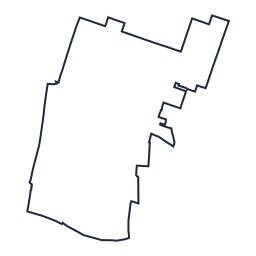 Ianca, Romania (Mercator projection)
{"feature_id": "2599482B25351029590238", "entity_name": "Ianca", "entity_type": "district", "adm_level": 2, "iso_a3": "ROU", "parent_name": "Romania", "parent_adm1": "", "projection": "mercator", "projection_center": [24.181, 43.749], "detail": "fine", "context": "isolated", "style": "outline", "palette": "slate", "viewbox_px": 256, "rotation_deg": 0, "n_neighbors": 0, "source": "geoboundaries", "source_scale": "gbopen_adm2", "svg_char_len": 4159}
<svg xmlns="http://www.w3.org/2000/svg" viewBox="0 0 256 256"><path d="M228.7,21.0L220.4,18.2L212.1,15.4L211.6,16.9L210.5,20.2L209.1,24.1L209.0,24.3L192.1,18.4L189.3,26.7L186.5,35.0L185.9,36.7L183.9,42.7L180.8,51.7L172.1,48.7L163.5,45.7L163.1,45.7L161.8,45.3L157.1,43.7L155.2,43.1L146.8,40.2L138.5,37.3L130.6,34.6L130.3,34.5L130.3,34.3L130.2,34.2L129.9,34.2L129.8,34.3L126.0,32.9L122.0,31.6L121.7,31.4L122.3,29.9L122.7,28.6L123.7,25.8L124.4,23.8L124.6,23.1L124.3,23.0L123.5,22.7L122.8,22.4L122.0,22.2L121.2,21.9L120.4,21.6L119.7,21.4L118.9,21.1L118.6,21.0L118.4,20.9L118.1,20.8L117.6,20.6L117.3,20.6L116.0,20.1L115.9,20.1L115.6,20.0L115.3,19.9L115.0,19.8L114.7,19.7L114.4,19.6L114.0,19.5L113.6,19.3L113.3,19.2L113.2,19.2L112.8,19.0L112.6,18.9L112.4,18.8L112.3,18.7L112.2,18.7L111.9,18.6L111.7,18.5L111.3,18.4L111.2,18.4L110.9,18.3L110.4,18.1L110.2,18.1L109.8,18.0L109.5,17.9L109.3,17.8L109.0,17.7L108.7,17.6L108.3,17.5L108.2,17.4L106.9,21.0L106.0,24.1L105.2,26.2L97.7,23.6L81.6,18.1L80.7,17.8L79.8,17.5L79.4,18.6L78.2,21.6L77.3,23.9L76.6,25.8L75.1,30.1L73.8,34.2L71.9,39.8L70.8,42.9L69.1,48.4L68.6,50.0L68.2,50.9L68.0,51.7L67.8,52.5L67.1,54.5L66.0,58.5L64.8,62.1L63.5,66.3L62.6,69.3L60.7,74.7L59.3,79.5L58.5,82.4L58.5,82.6L56.8,81.9L55.9,81.6L56.5,83.7L54.9,84.0L54.3,84.2L53.1,84.2L52.2,84.2L50.9,84.1L49.7,84.0L48.7,83.9L47.7,83.8L47.4,85.8L47.1,87.5L45.4,99.5L44.4,106.5L44.1,109.8L43.8,113.1L42.6,122.3L40.1,139.5L39.1,145.4L38.3,148.5L37.0,153.3L36.6,155.1L36.1,156.9L33.3,167.5L33.0,168.9L32.6,170.5L32.5,171.1L32.1,172.9L31.9,173.7L31.7,174.9L31.1,177.6L30.5,180.5L30.4,180.7L30.2,181.0L29.8,181.5L29.5,182.0L29.7,182.3L29.8,182.7L29.9,182.9L30.0,183.0L30.3,183.3L30.5,183.4L30.6,183.5L30.8,183.5L31.0,183.6L31.3,183.7L31.5,183.8L31.6,184.0L31.7,184.3L31.7,184.5L31.6,184.9L31.5,185.1L31.7,185.3L31.8,185.4L31.9,185.8L31.9,186.1L31.8,186.3L31.7,186.4L31.6,186.5L31.5,186.9L31.3,187.2L31.3,187.4L31.3,187.5L31.2,187.6L31.3,188.0L31.4,188.3L31.4,188.6L31.5,189.0L31.4,189.4L31.3,189.5L31.0,189.6L30.9,189.8L30.8,190.1L30.6,190.7L30.6,191.0L30.2,194.1L29.8,197.1L29.8,197.3L29.5,198.7L29.2,200.3L29.1,200.9L29.0,202.0L28.8,202.9L28.6,203.9L28.4,204.9L28.4,205.3L28.2,206.1L28.1,206.9L27.9,207.9L27.7,208.9L27.5,209.9L27.5,210.3L27.3,211.4L39.2,214.9L40.1,215.1L40.5,215.2L40.9,215.3L47.6,217.8L55.4,220.8L61.8,224.1L62.6,222.8L67.6,226.4L74.2,229.9L78.8,232.4L83.6,235.1L101.7,240.1L110.0,240.2L115.8,240.6L117.0,240.6L117.3,240.6L117.8,240.5L124.8,239.3L129.1,237.9L128.4,229.8L128.5,220.0L128.9,217.0L130.6,203.2L131.3,201.2L138.4,203.4L138.4,198.8L138.4,194.1L138.3,193.4L138.3,189.2L138.3,182.8L138.2,182.2L138.3,181.0L138.2,180.8L138.2,180.4L138.2,178.8L138.1,176.8L137.9,176.6L137.8,176.4L137.5,176.3L137.0,176.3L136.4,175.4L136.2,175.1L136.1,174.9L136.8,165.8L136.9,165.6L148.2,166.3L148.4,166.2L149.0,157.1L149.2,153.4L149.5,149.0L149.5,148.4L149.5,147.8L149.7,144.3L149.8,142.6L149.1,142.4L151.2,133.7L155.4,135.5L158.6,136.7L162.1,139.0L165.0,141.1L169.2,143.7L173.3,146.4L173.7,145.3L173.9,144.8L174.1,144.4L174.2,144.0L174.4,142.9L174.4,142.1L174.3,141.4L174.2,140.9L173.8,139.3L173.5,138.0L172.8,135.2L172.2,133.0L171.9,131.8L171.7,131.3L171.6,130.3L171.5,128.7L171.4,128.5L171.3,128.3L170.8,128.2L170.3,128.0L169.6,127.9L168.4,127.6L167.9,127.5L166.8,127.1L166.2,127.0L165.7,126.7L164.2,126.2L163.1,125.8L161.7,125.3L160.0,124.5L160.5,123.3L164.8,124.9L165.1,123.7L165.6,122.2L165.7,121.6L165.8,121.1L165.8,120.7L166.0,119.8L166.0,119.5L166.0,119.4L165.7,119.3L165.1,119.1L159.1,117.2L158.6,117.0L158.6,116.9L158.6,116.7L159.0,115.4L159.9,112.9L160.2,112.3L160.3,112.0L161.0,110.0L161.5,110.1L161.5,109.8L161.6,109.4L161.9,108.9L162.0,107.8L162.0,107.4L162.2,106.7L162.3,106.2L163.6,102.6L180.3,108.3L184.1,97.1L184.5,95.8L186.1,91.1L185.9,91.1L185.7,91.2L174.3,87.1L175.7,82.9L176.8,83.3L177.4,83.5L177.7,83.7L179.0,84.1L178.5,85.5L178.8,85.6L185.1,87.7L186.0,88.0L186.3,88.2L186.7,88.4L186.9,88.6L186.8,88.8L191.3,90.4L195.0,91.6L197.1,85.4L201.8,87.0L205.7,88.1L211.2,71.8L212.5,67.8L214.2,63.0L215.6,58.9L217.2,54.6L220.1,46.4L221.4,42.2L223.9,35.2L228.7,21.5L228.5,21.4L228.7,21.0Z" fill="none" stroke="#1e293b" stroke-width="2"/></svg>